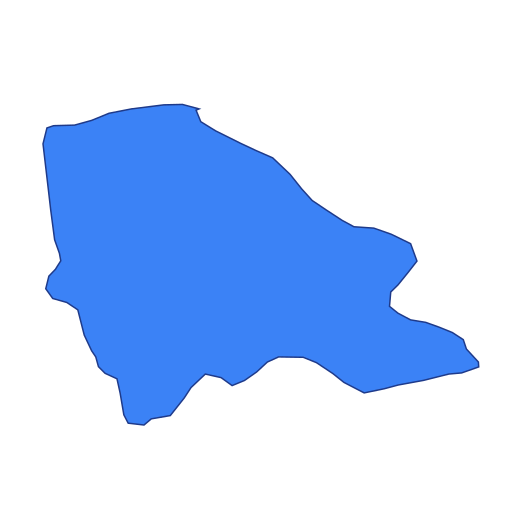 Sunne, Värmland, Sweden, rotated 175°
{"feature_id": "70781695B71435448631031", "entity_name": "Sunne", "entity_type": "district", "adm_level": 2, "iso_a3": "SWE", "parent_name": "Sweden", "parent_adm1": "Värmland", "projection": "robinson", "projection_center": [13.058, 59.895], "detail": "fine", "context": "isolated", "style": "filled", "palette": "blue", "viewbox_px": 512, "rotation_deg": 175, "n_neighbors": 0, "source": "geoboundaries", "source_scale": "gbopen_adm2", "svg_char_len": 1178}
<svg xmlns="http://www.w3.org/2000/svg" viewBox="0 0 512 512"><g transform="rotate(175 256 256)"><path d="M43.8,126.1L43.7,131.0L54.5,145.0L56.8,154.6L67.0,162.6L79.5,169.0L92.7,175.1L107.6,178.9L119.6,186.7L127.4,194.2L124.9,208.4L117.1,214.8L105.7,226.6L96.1,236.9L100.9,254.8L119.4,265.9L136.2,273.5L155.9,276.6L167.1,284.0L182.1,295.8L195.2,306.4L204.6,318.8L214.9,334.3L230.8,352.3L246.7,361.0L261.7,369.7L285.2,384.1L299.3,394.6L303.0,406.5L299.9,407.5L316.1,413.4L334.8,414.6L367.2,413.4L390.0,411.0L408.0,405.4L425.4,402.2L445.3,403.4L446.5,403.4L453.1,401.8L458.4,386.3L457.8,365.2L457.1,341.5L456.5,319.8L455.2,289.7L451.6,275.8L450.9,268.2L454.6,263.4L456.9,260.3L464.1,254.0L468.3,241.7L462.2,231.4L448.5,226.2L438.2,217.9L434.0,192.2L428.0,175.9L424.4,169.4L422.6,159.5L416.6,152.3L405.2,145.8L403.3,131.3L401.5,109.3L397.9,100.6L382.3,97.4L374.5,102.9L355.3,104.5L339.9,120.8L332.2,130.6L316.8,142.8L301.4,137.9L291.1,129.0L278.3,133.0L265.5,140.4L253.9,149.4L242.3,153.5L217.9,151.0L205.1,144.5L189.7,132.2L179.4,122.4L160.2,110.2L139.7,112.6L125.5,115.1L99.9,117.5L74.2,121.6L61.3,121.6L43.8,126.1Z" fill="#3b82f6" stroke="#1e3a8a" stroke-width="1.5"/></g></svg>